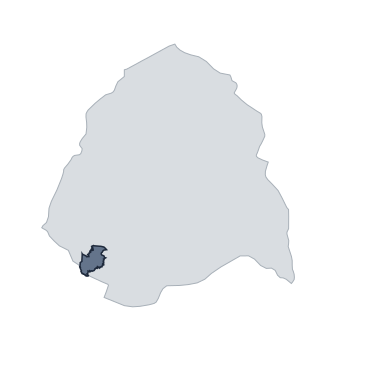 Centenary/ Muzarabani, Mashonaland Central, Zimbabwe (highlighted), rotated 202°
{"feature_id": "62879985B33993196799610", "entity_name": "Centenary/ Muzarabani", "entity_type": "district", "adm_level": 2, "iso_a3": "ZWE", "parent_name": "Zimbabwe", "parent_adm1": "Mashonaland Central", "projection": "natural_earth1", "projection_center": [31.038, -16.418], "detail": "fine", "context": "in_parent", "style": "filled", "palette": "slate", "viewbox_px": 384, "rotation_deg": 202, "n_neighbors": 0, "source": "geoboundaries", "source_scale": "gbopen_adm2", "svg_char_len": 5922}
<svg xmlns="http://www.w3.org/2000/svg" viewBox="0 0 384 384"><g transform="rotate(202 192 192)"><path d="M263.3,322.7L260.3,320.5L256.3,319.1L251.2,318.4L244.5,318.7L236.4,319.9L227.6,318.4L218.2,314.3L210.4,312.8L201.2,314.6L200.7,314.7L199.1,313.3L196.6,310.2L192.3,309.7L191.2,309.0L190.2,307.9L189.6,306.4L189.4,304.8L190.0,299.8L189.7,299.3L188.5,298.7L186.2,298.1L180.6,295.8L173.6,293.6L162.2,291.3L157.7,290.6L156.7,289.9L155.4,288.1L153.2,282.3L151.1,278.6L146.1,272.7L145.4,270.9L145.6,266.3L145.9,262.6L146.4,259.4L146.2,256.4L146.1,252.7L146.2,250.3L145.6,249.2L143.8,248.4L138.7,248.1L132.5,248.3L132.3,244.5L131.7,238.7L130.5,235.4L129.1,233.6L126.3,231.8L120.5,229.3L112.7,225.6L106.0,220.0L98.3,213.1L95.9,211.9L93.1,205.3L88.7,194.2L88.9,190.5L88.3,188.7L84.1,183.2L83.1,180.3L82.4,177.5L75.6,169.4L73.4,165.9L71.6,161.5L69.9,157.9L68.4,156.4L66.5,154.0L65.1,151.2L64.5,149.1L65.0,146.3L65.6,144.4L72.0,146.4L75.4,146.5L78.1,145.6L81.5,146.9L85.5,150.5L89.8,151.2L94.5,149.0L100.9,149.6L108.9,153.2L115.6,154.0L123.4,150.8L130.4,141.9L137.0,133.5L143.5,123.8L147.4,116.0L153.1,109.7L160.7,104.8L168.5,100.7L180.3,95.6L182.7,91.5L183.4,86.9L183.4,80.6L184.0,76.5L185.3,74.6L187.2,73.1L189.8,71.2L197.6,66.4L204.1,63.3L212.1,61.3L220.8,61.3L229.2,61.3L234.0,61.3L234.1,67.4L234.5,74.2L235.4,74.9L241.7,75.0L251.9,75.5L261.7,76.0L267.9,80.9L270.0,82.0L276.5,83.3L284.8,91.6L294.8,92.4L301.6,95.0L307.7,97.8L311.1,101.2L313.4,102.0L316.4,102.3L317.9,102.6L317.6,105.0L315.5,109.2L315.8,115.2L318.5,123.4L318.9,130.6L318.0,143.3L318.0,155.6L318.3,160.0L318.7,162.9L319.3,164.5L319.2,166.3L317.5,171.4L316.2,176.8L316.1,179.0L315.6,180.5L314.6,181.9L310.3,184.4L309.5,186.0L309.5,188.8L310.1,191.1L311.7,192.0L313.7,193.3L314.4,195.1L314.4,196.9L313.8,200.4L312.0,206.1L313.8,212.6L315.7,216.9L318.4,221.8L319.5,224.8L319.4,227.0L319.0,229.1L315.0,238.1L312.0,243.7L308.5,249.7L303.8,253.5L302.6,255.3L302.1,257.3L302.3,261.8L302.0,266.5L298.0,273.7L300.5,279.9L299.9,280.5L298.6,281.4L292.8,288.4L287.0,295.5L282.7,300.6L277.9,306.5L272.5,313.1L267.9,318.7L263.3,322.7Z" fill="#d9dde1" stroke="#a8b0b8" stroke-width="1"/><path d="M268.1,81.4L267.9,81.1L268.1,81.0L268.2,80.9L268.2,80.7L268.0,80.3L267.8,80.2L267.6,80.3L267.5,80.5L267.2,80.3L267.1,80.1L267.2,79.7L267.0,79.3L266.7,79.1L266.6,78.9L266.1,78.6L265.6,77.9L265.0,77.6L265.0,77.4L265.2,77.0L265.2,76.8L264.9,76.7L264.7,76.5L264.5,76.3L264.4,76.0L264.2,75.8L264.0,75.6L263.8,75.5L263.7,75.5L263.4,75.6L263.2,75.3L263.0,75.1L262.8,75.2L262.6,75.4L262.4,75.3L262.1,75.4L261.9,75.2L261.7,75.1L261.3,75.3L261.1,75.3L260.7,75.2L260.3,75.2L260.1,75.3L260.0,75.2L260.0,74.8L259.9,74.7L259.6,74.6L259.4,74.6L259.1,74.6L258.8,74.7L258.6,74.5L257.4,74.9L257.4,75.0L257.2,75.1L257.0,75.4L256.8,75.4L256.8,75.7L257.3,75.6L257.6,75.5L257.7,75.4L257.7,75.6L257.5,75.9L257.6,76.1L257.8,76.1L258.0,76.2L258.3,76.1L258.3,76.3L258.1,76.6L257.9,76.8L257.9,77.0L258.0,77.1L258.5,76.7L258.7,76.8L258.4,77.1L258.2,77.5L258.3,77.7L258.3,77.9L258.3,78.1L258.3,78.5L258.5,78.9L258.4,79.1L258.5,79.3L258.4,79.4L258.4,79.5L258.5,79.6L258.4,79.6L258.2,79.6L257.7,79.6L257.8,79.7L257.7,79.8L257.8,80.0L257.7,80.2L257.7,80.4L257.4,80.4L257.4,80.2L257.2,80.2L256.7,80.1L256.6,80.3L256.7,80.5L256.4,80.4L256.2,80.4L256.1,80.6L256.1,80.8L255.9,81.0L255.8,80.9L255.7,81.1L255.4,81.2L255.3,81.4L255.2,81.4L254.9,81.5L254.4,81.4L254.3,81.6L253.9,82.2L253.3,82.6L253.3,82.8L253.3,83.0L253.0,83.8L253.0,84.0L253.2,84.4L253.0,84.5L252.8,84.7L252.7,84.8L252.8,84.8L253.0,84.9L252.9,85.1L252.5,85.2L252.4,85.3L252.5,85.6L252.3,85.9L252.3,86.0L252.6,86.0L252.4,86.1L252.2,86.3L252.2,86.2L252.0,86.4L251.8,86.3L251.6,86.5L251.5,86.4L251.5,86.5L251.3,86.5L251.4,86.8L251.2,86.7L251.4,86.8L251.3,87.0L251.3,86.8L251.2,86.9L251.2,87.0L251.1,86.9L251.1,87.0L250.9,86.9L250.9,87.0L251.0,87.0L250.8,87.1L250.7,87.2L250.4,87.3L250.4,87.2L250.2,87.2L250.1,87.4L249.9,87.3L249.8,87.2L249.7,87.3L249.7,87.2L249.4,87.3L249.2,87.2L249.2,87.4L249.1,87.2L249.0,87.4L249.1,87.5L249.0,87.4L248.9,87.5L248.8,87.8L248.7,87.9L248.8,87.9L248.7,88.0L248.5,88.3L248.4,88.4L248.4,88.6L248.3,88.8L248.1,88.8L248.1,89.1L247.9,89.2L247.8,89.4L247.7,89.6L247.6,89.8L247.5,89.7L247.5,89.8L247.4,89.9L247.4,90.1L247.2,90.3L247.2,90.5L247.3,90.8L247.2,90.9L247.3,91.0L247.2,91.1L247.1,91.3L247.3,91.4L247.3,91.5L247.2,91.5L247.4,91.7L247.3,91.8L247.6,91.8L247.5,92.0L247.8,92.2L247.6,92.4L247.5,92.5L247.4,92.7L247.5,92.8L247.5,92.7L247.5,92.8L247.4,92.9L247.5,93.1L247.5,93.3L247.4,93.4L247.5,93.5L247.7,94.0L247.8,94.0L247.9,94.3L247.9,94.5L248.0,94.8L248.1,95.0L248.2,94.9L248.2,95.3L248.4,95.4L248.3,95.6L248.2,96.0L248.2,96.4L248.9,96.7L247.4,98.6L247.9,98.6L248.5,98.3L249.6,99.7L250.0,99.8L250.6,99.8L252.1,99.8L252.4,100.1L252.9,100.4L253.2,101.2L253.1,101.9L252.7,102.4L252.6,103.2L252.4,104.0L252.5,104.4L251.8,105.2L249.6,106.5L251.2,107.3L253.1,108.0L256.3,107.5L256.7,107.3L262.8,105.4L263.3,105.5L264.6,104.1L264.4,104.0L264.3,103.9L264.3,103.7L264.2,103.6L264.2,103.3L263.7,103.1L263.7,102.9L263.3,103.2L263.2,102.9L263.4,102.6L263.5,102.5L263.5,102.3L263.3,102.3L263.2,102.4L263.1,102.5L262.9,102.5L262.9,102.3L262.8,102.1L262.7,102.1L262.7,102.3L262.5,102.1L262.6,101.9L262.3,101.8L262.2,101.7L262.1,101.3L262.0,101.2L261.9,101.1L262.0,101.0L261.9,101.0L261.9,100.9L263.1,100.1L263.8,101.4L264.1,101.0L263.6,100.2L264.3,99.5L264.4,99.3L264.5,98.9L264.3,98.8L264.3,98.7L263.8,98.7L263.7,98.5L263.4,98.3L263.4,98.2L264.6,96.8L264.2,96.2L265.4,95.0L265.4,94.9L265.1,94.8L264.9,94.7L264.6,94.4L264.3,94.3L264.1,94.1L263.9,94.0L263.7,94.0L263.7,93.9L263.4,93.5L265.5,92.5L266.2,93.1L266.8,93.1L267.1,93.0L267.3,93.1L267.5,93.1L267.9,93.2L268.1,93.2L268.4,93.1L269.1,93.2L269.4,93.3L269.9,93.3L270.3,93.3L270.7,93.6L270.3,92.7L269.3,89.8L268.5,87.4L268.1,86.4L269.2,84.7L268.9,84.1L268.8,83.4L268.5,82.9L268.5,82.4L268.3,82.1L268.2,81.7L268.1,81.4Z" fill="#64748b" stroke="#1e293b" stroke-width="1.5"/></g></svg>